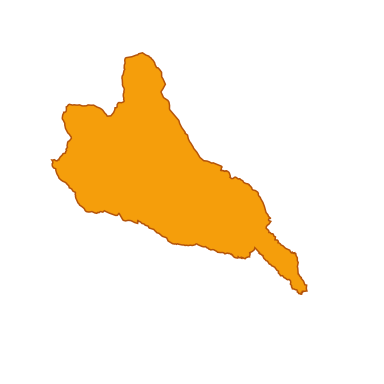 Ibanesti, Mures, Romania, rotated 218°
{"feature_id": "2599482B16431385542247", "entity_name": "Ibanesti", "entity_type": "district", "adm_level": 2, "iso_a3": "ROU", "parent_name": "Romania", "parent_adm1": "Mures", "projection": "robinson", "projection_center": [25.127, 46.761], "detail": "fine", "context": "isolated", "style": "filled", "palette": "amber", "viewbox_px": 384, "rotation_deg": 218, "n_neighbors": 0, "source": "geoboundaries", "source_scale": "gbopen_adm2", "svg_char_len": 6055}
<svg xmlns="http://www.w3.org/2000/svg" viewBox="0 0 384 384"><g transform="rotate(218 192 192)"><path d="M309.6,272.5L312.7,271.5L316.7,271.2L319.1,268.1L319.2,266.7L320.2,265.6L322.7,261.5L326.5,257.4L326.9,256.5L326.6,255.4L326.0,254.3L324.0,252.3L323.6,250.7L322.9,249.4L322.1,248.8L321.9,247.9L320.6,247.4L320.3,245.8L318.5,242.0L318.4,240.4L317.3,238.6L316.1,237.6L313.3,234.4L312.9,233.7L311.8,232.9L309.4,231.9L308.5,231.1L307.6,229.3L306.9,228.6L306.7,227.5L305.8,226.0L304.6,224.7L303.7,224.2L302.7,222.7L301.7,222.2L301.4,221.8L301.4,220.9L302.5,219.0L304.7,217.5L305.0,216.8L304.8,214.8L303.4,213.0L303.6,211.7L304.5,211.0L303.4,209.1L302.7,206.3L302.8,202.1L304.5,200.5L305.0,199.9L305.5,199.6L307.3,200.3L309.3,200.5L312.6,201.5L314.1,201.6L316.2,201.4L319.1,200.5L323.0,199.9L324.7,198.4L327.4,196.7L327.7,196.3L328.0,195.4L328.6,194.6L331.0,192.6L331.9,192.1L334.3,191.4L336.0,189.7L338.6,188.1L339.7,186.9L342.6,185.6L343.1,184.7L343.0,182.6L343.5,181.7L341.7,179.6L340.9,178.2L340.9,177.4L341.1,176.9L342.2,175.8L341.6,175.2L341.6,174.1L341.2,172.9L339.7,170.3L338.7,169.5L337.8,169.4L334.5,167.8L333.5,166.5L330.8,164.2L326.2,162.1L324.0,161.9L322.1,161.2L321.4,161.2L320.1,160.0L320.1,156.9L320.7,155.6L320.5,154.5L318.9,151.5L317.7,150.6L317.6,148.2L316.4,147.4L316.4,146.1L315.7,144.7L317.2,142.9L317.2,142.2L317.0,141.5L317.4,138.1L317.2,137.6L317.2,136.2L316.7,135.4L317.3,134.8L317.5,134.2L317.4,133.7L318.3,132.9L320.4,132.7L321.5,131.2L322.1,130.9L320.4,130.2L319.5,129.1L319.6,128.3L318.7,127.1L317.9,126.4L316.4,125.9L315.6,125.8L313.9,126.4L313.5,126.3L312.5,125.1L310.2,123.5L308.9,122.8L307.2,122.2L305.2,121.0L302.3,120.8L300.1,121.0L298.4,121.5L296.0,121.6L295.8,121.3L292.9,121.0L291.2,119.7L290.4,120.1L289.8,120.1L288.7,120.3L286.3,119.4L283.7,119.9L283.3,119.6L282.6,118.2L281.6,117.6L281.4,117.1L280.0,115.8L275.1,113.2L273.2,112.9L272.6,112.5L269.3,112.7L266.8,112.6L264.7,111.6L263.2,111.5L261.4,112.4L260.2,113.4L258.8,115.0L255.7,115.7L253.9,116.6L253.6,118.0L252.6,118.4L252.2,120.1L251.7,120.5L250.1,121.1L249.8,121.4L249.5,123.3L247.7,123.6L244.0,124.5L237.8,126.5L236.5,127.6L236.4,128.7L236.5,129.8L236.4,130.2L236.0,130.2L229.2,127.4L228.4,127.5L226.6,128.3L224.9,130.3L223.3,131.4L222.3,131.9L218.2,132.7L215.5,133.8L216.0,134.7L216.9,135.5L217.2,136.2L217.0,136.3L215.5,136.2L214.3,136.7L212.0,136.4L211.1,136.9L209.8,137.3L208.4,137.0L205.7,138.1L204.9,137.9L204.3,137.4L203.4,137.3L199.0,139.0L197.3,138.6L196.0,138.6L195.0,138.2L192.3,139.1L188.1,138.8L184.8,140.0L183.5,140.2L180.7,138.7L175.5,139.3L173.6,140.3L172.9,141.1L172.0,141.2L171.7,142.1L171.4,142.4L170.8,142.4L167.2,144.2L165.7,145.3L164.5,145.6L163.9,146.4L161.8,147.6L160.7,149.0L158.9,150.0L158.3,150.7L157.0,152.5L156.9,153.4L156.4,154.0L154.6,154.2L150.4,155.3L148.7,156.2L147.7,157.3L145.9,157.2L144.8,157.6L143.3,157.4L142.5,157.8L141.6,157.9L140.2,159.4L139.3,159.9L135.9,160.4L134.7,160.3L132.1,161.9L131.0,162.9L129.7,163.6L128.0,163.5L126.7,165.4L126.1,165.9L125.0,166.2L124.4,166.8L122.1,166.9L122.0,167.0L122.2,167.3L121.2,167.3L120.7,166.9L118.4,166.6L116.8,167.2L115.3,168.1L115.8,169.4L114.5,169.2L113.0,170.1L113.3,170.5L113.2,170.7L112.0,170.3L111.7,170.5L112.2,171.2L111.2,171.6L110.0,171.7L109.0,172.2L108.9,173.6L107.6,175.7L106.7,176.3L107.1,176.7L107.7,178.4L108.5,178.9L108.5,179.6L109.1,179.8L108.2,181.5L108.3,181.6L107.9,182.3L107.4,184.4L107.5,185.2L108.2,186.8L101.9,185.8L101.0,185.5L101.3,185.1L101.1,185.1L100.2,185.0L98.7,185.5L97.6,185.2L96.9,185.6L96.3,184.9L94.3,183.9L92.5,183.8L91.5,183.5L90.4,183.9L89.7,183.9L86.7,182.8L85.6,183.4L83.8,182.9L83.1,183.2L80.2,183.7L79.1,183.1L78.0,183.0L77.1,182.6L75.2,182.8L74.7,182.4L74.2,181.4L72.0,181.1L70.7,180.5L69.1,181.8L66.6,181.2L65.3,181.6L63.6,181.5L62.5,181.8L61.7,182.8L60.2,182.8L59.5,182.5L58.4,181.4L57.8,180.0L55.8,179.5L55.2,178.5L54.2,178.2L53.3,177.5L51.8,178.4L50.2,178.7L49.2,179.4L47.8,178.8L47.6,178.1L46.3,178.2L45.4,177.7L44.8,178.1L43.5,178.4L42.8,178.9L43.8,179.7L43.2,181.0L43.1,180.9L43.1,182.1L43.6,182.0L43.3,182.4L42.4,182.8L40.5,184.8L41.2,185.2L42.7,186.6L44.3,189.2L46.0,188.4L49.2,190.4L52.9,191.2L53.2,191.9L54.9,191.9L57.6,193.0L57.9,192.8L61.9,197.2L63.0,198.0L64.9,201.8L66.8,202.8L68.5,205.0L70.8,205.9L72.3,207.3L73.8,206.4L73.9,207.2L75.6,205.6L76.0,206.2L76.6,205.3L77.7,205.6L79.2,206.3L83.7,205.2L87.1,205.6L89.3,205.1L90.5,205.5L92.4,205.4L93.0,205.0L93.6,206.3L95.0,206.7L95.2,206.4L96.7,205.9L97.1,205.4L97.5,205.8L97.8,206.6L98.6,208.0L100.3,207.7L102.1,208.8L102.9,208.6L103.8,207.9L105.6,208.1L106.5,207.5L106.7,208.0L107.3,208.3L108.0,208.9L111.3,209.1L112.0,210.2L112.2,212.0L111.6,214.0L111.8,217.4L113.8,216.8L114.4,217.0L114.7,217.4L114.8,218.3L114.7,218.9L114.3,219.3L113.5,219.6L116.8,219.9L118.2,220.8L121.0,221.4L126.1,225.2L129.7,227.4L133.7,229.0L134.9,229.8L136.3,229.9L137.5,230.3L138.3,230.9L138.8,231.7L140.1,232.3L142.6,232.2L143.4,232.0L144.9,231.2L145.6,231.1L146.7,231.3L147.5,232.1L149.6,232.6L151.2,232.6L151.5,233.0L153.0,232.8L154.9,231.8L156.3,231.5L157.3,231.4L158.9,232.1L161.3,231.7L162.3,231.9L162.8,231.7L163.4,230.9L163.8,230.7L166.0,230.7L167.2,230.3L167.7,229.2L167.8,228.2L168.6,227.3L169.2,226.9L171.2,227.0L171.1,227.5L172.0,228.4L174.1,229.8L175.1,230.2L176.7,230.2L178.0,229.9L178.2,229.7L178.1,229.2L178.9,229.0L179.2,228.2L179.7,228.1L180.2,228.3L182.4,226.7L182.7,226.7L182.9,227.1L182.7,227.9L183.8,229.1L183.7,230.1L184.2,230.4L184.9,230.4L193.3,228.0L194.2,226.9L197.2,226.3L199.1,225.7L202.0,223.9L207.0,224.1L212.6,226.3L217.6,227.4L218.7,228.1L223.2,229.8L224.8,230.2L227.2,231.4L228.1,232.0L230.6,234.1L233.7,234.0L234.1,234.8L239.9,236.5L243.9,238.4L245.9,239.9L246.6,240.3L260.1,243.1L260.9,243.6L263.0,246.4L265.1,248.3L265.9,248.8L267.5,249.3L271.8,248.9L272.8,249.0L277.8,251.6L278.2,252.2L278.4,255.2L279.3,260.5L284.6,263.3L286.8,264.1L289.7,267.6L293.2,268.6L295.4,268.9L296.3,268.3L296.7,268.3L299.8,269.8L300.8,270.7L302.8,271.5L304.2,271.9L305.9,272.0L306.7,272.4L308.8,272.2L309.6,272.5Z" fill="#f59e0b" stroke="#b45309" stroke-width="1.5"/></g></svg>